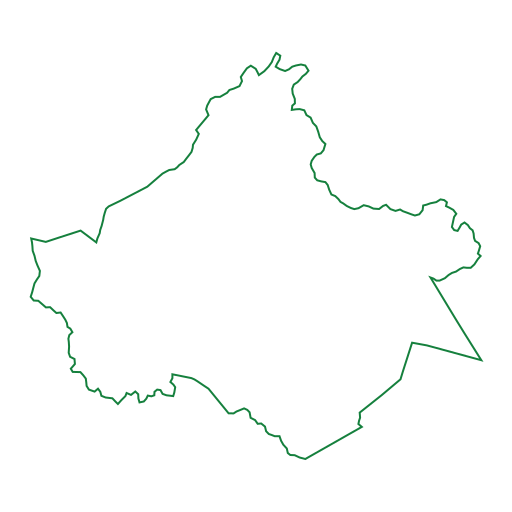 Lagarto, Sergipe, Brazil (orthographic projection)
{"feature_id": "56859067B5809148773730", "entity_name": "Lagarto", "entity_type": "district", "adm_level": 2, "iso_a3": "BRA", "parent_name": "Brazil", "parent_adm1": "Sergipe", "projection": "orthographic", "projection_center": [-37.666, -10.882], "detail": "fine", "context": "isolated", "style": "outline", "palette": "green", "viewbox_px": 512, "rotation_deg": 0, "n_neighbors": 0, "source": "geoboundaries", "source_scale": "gbopen_adm2", "svg_char_len": 3585}
<svg xmlns="http://www.w3.org/2000/svg" viewBox="0 0 512 512"><path d="M400.5,379.3L402.9,371.4L412.1,342.7L426.9,345.4L481.3,360.2L464.5,333.4L460.8,327.4L457.4,321.9L454.9,317.8L430.5,277.5L433.5,278.6L436.4,280.6L439.6,280.6L444.9,278.2L448.6,275.0L452.0,272.9L456.0,271.6L459.9,269.0L463.4,267.4L466.9,267.8L470.7,267.8L474.4,264.4L477.8,259.2L480.6,256.0L477.9,253.6L478.9,250.6L480.2,246.2L478.6,243.1L475.1,240.9L474.0,237.9L473.6,233.5L472.6,230.3L469.9,228.2L467.9,225.1L464.5,222.5L461.2,224.6L459.7,227.4L457.6,230.9L454.2,230.1L451.9,227.0L453.1,221.5L454.1,216.9L456.3,213.8L453.3,209.9L449.2,207.6L446.0,206.1L446.9,202.3L444.2,200.1L440.5,199.4L436.3,202.1L430.4,203.3L426.5,204.7L423.2,205.5L422.6,210.2L419.3,214.3L414.9,215.5L411.3,214.3L407.6,212.9L402.9,211.2L400.1,209.5L395.5,210.9L390.4,209.1L386.1,204.8L383.1,205.9L379.1,209.0L373.4,208.6L368.7,206.4L363.7,205.2L358.5,208.2L354.3,209.1L350.9,208.0L346.8,206.0L343.2,203.4L340.5,201.9L338.5,199.2L335.3,196.1L331.4,194.5L329.2,189.7L327.7,185.0L325.4,182.1L321.3,181.4L317.2,180.3L314.8,177.6L314.6,173.0L311.7,168.0L310.7,164.4L311.7,160.8L314.4,156.9L316.8,154.5L320.8,153.4L323.5,150.2L325.4,144.0L322.3,141.1L319.8,137.3L318.2,131.7L316.3,126.4L312.9,122.9L310.6,117.6L306.5,115.1L304.3,110.3L299.7,109.1L295.9,109.3L291.8,109.9L292.3,105.6L294.9,103.4L294.8,98.9L292.7,93.6L292.2,88.8L293.8,84.6L297.6,82.1L300.3,79.2L302.4,76.5L305.9,73.8L308.5,70.7L305.3,65.5L301.0,64.5L295.9,65.5L292.2,66.7L289.0,69.3L285.1,71.0L279.7,69.1L275.7,66.7L277.1,63.7L279.5,59.7L280.3,55.7L276.2,53.0L273.7,57.3L271.8,62.1L268.7,66.5L264.3,71.2L258.9,75.1L257.4,72.0L255.7,68.8L250.8,65.7L246.9,68.3L243.7,72.7L240.8,77.0L242.0,81.1L239.5,86.1L233.8,88.6L229.4,90.0L227.1,92.8L224.3,94.4L220.0,96.9L215.1,96.9L210.7,99.1L208.9,102.4L207.2,105.6L206.1,109.4L208.5,115.2L196.1,130.0L198.8,133.9L196.2,139.6L193.0,144.7L192.7,147.9L191.5,151.9L188.7,155.6L186.1,158.9L183.8,162.0L179.4,164.9L177.2,167.3L174.7,169.2L169.2,170.0L166.1,171.6L162.5,173.6L147.3,186.7L120.3,200.8L108.7,206.4L106.1,208.8L104.8,212.7L103.7,216.7L103.2,219.8L101.6,226.0L100.2,230.0L99.7,233.2L97.4,238.4L96.3,242.4L80.6,230.6L58.9,237.6L45.8,241.9L31.2,238.5L32.0,242.4L32.4,246.2L32.7,250.8L34.5,255.8L35.7,260.9L37.4,265.3L39.9,270.9L39.3,276.0L36.9,279.5L34.5,283.4L33.4,287.5L32.2,292.1L30.7,296.8L33.7,300.5L38.3,300.8L42.0,304.0L45.9,307.4L50.1,307.2L53.7,310.6L56.4,313.0L60.6,312.5L63.2,316.4L65.3,319.7L66.9,323.0L67.5,326.9L70.3,328.6L72.4,332.2L69.3,335.1L68.4,338.7L68.8,342.0L69.1,346.6L68.7,352.8L70.1,356.8L74.5,359.0L74.9,364.0L70.8,368.7L72.7,371.9L76.3,372.0L80.4,372.1L83.2,375.2L85.8,378.6L86.3,382.6L86.6,385.9L88.9,389.6L94.6,391.6L98.0,388.7L100.3,391.8L101.4,395.8L105.6,397.5L112.4,398.3L115.2,401.3L117.9,404.0L121.4,400.1L125.4,396.1L126.6,393.0L131.0,394.9L135.3,391.5L138.2,394.2L138.4,398.5L139.5,402.4L143.8,401.5L146.3,398.7L147.8,395.6L151.4,396.3L154.3,395.3L154.5,391.8L157.2,389.6L160.5,390.1L162.6,393.9L166.5,395.3L170.0,395.7L173.2,396.1L174.3,392.5L175.2,387.2L173.4,384.6L170.4,382.0L172.4,378.2L172.4,374.3L191.4,378.1L194.4,379.4L197.3,381.2L204.1,385.8L208.5,388.7L228.6,413.3L233.6,413.4L236.5,411.5L239.5,410.3L244.1,408.4L247.3,409.9L249.6,412.3L250.6,417.8L255.1,420.1L257.7,423.8L261.2,423.5L265.0,426.6L266.1,431.2L268.8,434.0L271.7,435.0L274.7,436.2L279.5,436.2L281.1,440.8L283.3,444.7L286.8,448.5L287.8,453.0L290.3,455.0L294.7,455.2L299.6,457.5L305.3,459.0L361.8,426.9L358.4,424.0L359.1,420.6L360.1,417.7L359.7,412.6L381.6,395.2L400.5,379.3Z" fill="none" stroke="#15803d" stroke-width="2"/></svg>